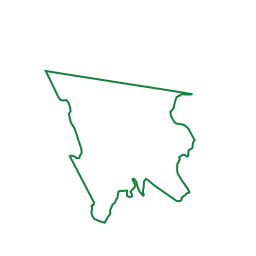 the Region of Arusha, rotated 332°
{"feature_id": "TZA-3391", "entity_name": "Arusha", "entity_type": "Region", "adm_level": 1, "iso_a3": "TZA", "parent_name": "United Republic of Tanzania", "parent_adm1": "", "projection": "equal_earth", "projection_center": [35.974, -2.918], "detail": "fine", "context": "isolated", "style": "outline", "palette": "green", "viewbox_px": 256, "rotation_deg": 332, "n_neighbors": 0, "source": "natural_earth", "source_scale": "10m", "svg_char_len": 1745}
<svg xmlns="http://www.w3.org/2000/svg" viewBox="0 0 256 256"><g transform="rotate(332 128 128)"><path d="M82.2,39.1L91.4,46.1L103.1,54.9L114.8,63.7L126.5,72.5L138.2,81.3L149.9,90.1L161.6,98.8L173.3,107.6L185.0,116.4L196.6,125.2L200.8,128.4L198.4,127.6L193.9,125.1L192.1,123.7L190.1,123.4L189.1,123.9L188.1,123.4L185.4,123.6L182.9,125.8L179.6,129.4L178.2,131.3L176.4,132.4L172.8,133.8L171.5,138.6L171.6,142.2L172.1,145.6L173.4,147.3L175.2,148.4L179.0,151.7L181.0,156.7L181.1,170.0L179.2,171.0L177.5,172.6L176.5,174.5L175.2,176.0L171.1,176.1L169.7,178.2L168.4,180.6L166.7,181.1L165.7,178.7L164.7,177.8L163.7,177.4L159.7,177.7L159.3,178.2L159.3,179.0L158.9,180.2L157.8,180.7L156.7,182.0L155.7,182.3L154.7,182.8L151.4,188.6L150.5,191.5L151.0,199.9L152.2,209.2L152.1,213.4L151.4,213.9L150.5,213.4L148.9,213.4L147.4,214.0L144.9,214.3L142.4,214.9L141.9,216.4L139.4,216.9L136.7,215.3L124.4,191.3L121.8,184.8L120.0,181.3L116.9,182.8L114.2,187.4L112.3,189.7L110.8,192.2L110.7,194.4L109.6,194.8L108.4,189.8L108.8,184.4L110.1,179.2L109.4,175.7L107.9,175.4L107.6,180.5L106.7,183.1L100.2,185.5L100.4,188.3L99.4,190.2L97.0,189.8L95.3,187.5L96.4,185.0L97.8,182.9L96.1,181.9L93.9,181.3L91.8,179.8L89.5,179.8L85.9,184.7L83.7,185.8L81.8,187.5L80.3,188.2L78.6,188.2L73.4,192.5L72.9,193.4L72.7,194.4L72.0,195.5L68.8,196.9L66.9,198.2L64.8,199.4L63.0,200.7L59.2,197.0L55.8,192.8L55.2,190.0L55.4,187.1L56.8,184.3L58.7,182.0L59.0,181.0L59.1,179.8L60.2,179.2L61.5,179.7L63.0,177.8L63.4,125.5L65.3,125.8L67.4,128.1L68.7,130.8L70.7,131.6L71.7,130.9L72.5,129.9L75.5,128.1L77.0,124.4L80.6,103.5L80.1,96.4L82.4,87.8L83.7,87.0L85.2,86.3L86.6,82.4L87.4,78.0L86.6,74.4L83.5,73.2L81.5,71.4L81.0,68.1L82.2,39.2L82.2,39.1Z" fill="none" stroke="#15803d" stroke-width="2"/></g></svg>